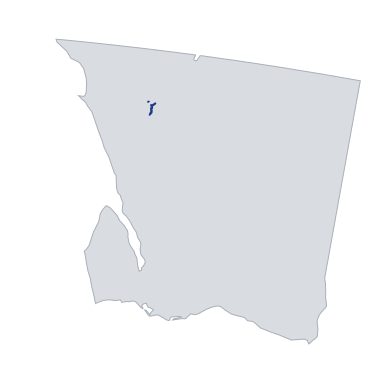 Aswan, Aswan, Egypt (highlighted), rotated 187°
{"feature_id": "37247803B17658865613215", "entity_name": "Aswan", "entity_type": "district", "adm_level": 2, "iso_a3": "EGY", "parent_name": "Egypt", "parent_adm1": "Aswan", "projection": "albers", "projection_center": [32.887, 24.103], "detail": "fine", "context": "in_parent", "style": "filled", "palette": "blue", "viewbox_px": 384, "rotation_deg": 187, "n_neighbors": 0, "source": "geoboundaries", "source_scale": "gbopen_adm2", "svg_char_len": 5181}
<svg xmlns="http://www.w3.org/2000/svg" viewBox="0 0 384 384"><g transform="rotate(187 192 192)"><path d="M345.5,327.1L337.0,327.4L328.5,327.6L320.0,327.8L311.6,328.0L303.1,328.1L294.6,328.2L286.2,328.4L277.7,328.4L269.2,328.5L260.8,328.6L252.3,328.6L243.8,328.6L235.3,328.6L226.9,328.6L218.4,328.5L209.9,328.5L205.1,328.4L205.9,326.0L206.5,324.2L205.9,323.0L204.3,322.7L203.2,323.1L200.6,328.2L199.3,328.4L196.3,328.4L186.4,328.2L176.5,328.0L166.7,327.9L156.8,327.6L147.0,327.4L137.1,327.1L127.2,326.8L117.4,326.5L107.5,326.1L97.7,325.7L87.8,325.3L78.0,324.9L68.1,324.4L58.2,323.9L48.4,323.4L38.5,322.9L38.9,316.6L39.2,310.4L39.6,304.2L40.0,297.9L40.3,291.7L40.7,285.5L41.0,279.2L41.4,273.0L41.7,266.7L42.1,260.5L42.4,254.3L42.8,248.0L43.1,241.8L43.5,235.5L43.8,229.3L44.2,223.1L44.5,216.8L44.9,210.6L45.2,204.4L45.6,198.1L45.9,191.9L46.3,185.7L46.6,179.4L47.0,173.2L47.3,167.0L47.7,160.7L48.0,154.5L48.4,148.3L48.7,142.1L49.1,135.9L49.4,129.6L49.8,123.4L49.7,122.2L48.5,118.0L47.6,112.5L46.7,105.8L46.6,103.7L44.8,96.8L44.7,94.9L45.3,93.5L49.3,88.0L50.6,85.3L51.7,82.0L52.1,79.3L51.3,75.2L50.3,71.4L50.1,67.5L50.1,63.8L52.1,61.3L54.4,59.1L55.4,57.7L56.8,56.1L57.7,55.4L59.3,58.8L63.0,59.6L75.4,57.2L88.7,60.9L96.1,62.4L107.5,65.4L114.3,70.2L116.2,70.9L121.3,71.0L124.5,73.8L137.6,75.5L144.5,78.7L148.4,81.2L150.8,82.0L152.9,81.9L155.8,81.1L159.4,79.5L163.4,77.3L171.6,71.5L174.5,70.5L176.4,70.8L178.7,70.8L179.7,69.2L180.9,68.1L181.7,66.9L182.9,65.4L187.1,65.0L195.6,62.6L194.7,63.8L186.9,66.6L190.2,67.0L193.6,66.1L197.4,65.5L198.2,64.2L198.7,61.9L199.4,61.6L202.1,62.1L210.0,65.7L211.9,65.8L217.5,63.9L218.7,63.5L220.5,64.6L224.6,69.1L223.2,69.0L218.8,65.1L218.4,67.0L215.8,70.4L219.0,71.8L221.5,72.4L222.9,74.3L223.7,75.9L226.3,75.2L228.1,73.0L227.1,71.7L226.5,70.4L227.3,70.4L229.1,71.5L234.1,75.8L235.8,76.6L237.7,76.5L241.8,75.3L242.9,75.5L248.4,73.9L249.1,75.1L250.0,76.2L254.4,74.9L261.3,74.9L267.0,73.5L273.5,70.0L274.0,69.5L274.4,70.3L275.2,72.6L277.2,78.5L279.0,83.1L281.2,89.5L281.9,91.9L282.3,93.6L285.5,100.6L287.4,106.4L288.8,111.1L290.8,117.9L291.7,120.3L290.3,121.6L287.7,126.1L284.9,140.3L280.9,151.5L280.5,158.5L279.8,161.0L277.9,164.5L275.5,168.0L271.2,166.3L264.1,160.2L260.0,154.5L255.6,150.8L251.4,145.9L250.3,142.3L250.3,140.0L248.5,134.5L247.2,131.9L242.2,126.0L240.8,122.8L239.7,121.4L238.6,119.4L236.8,111.8L234.8,106.9L232.6,108.2L232.9,110.3L231.0,113.1L229.8,116.4L230.7,119.1L234.7,123.2L235.6,125.0L236.5,128.8L236.4,134.1L237.0,135.9L240.1,139.8L241.2,142.1L241.8,144.1L242.9,146.0L245.9,149.4L250.3,155.8L254.5,160.2L257.6,162.3L258.9,164.4L259.2,169.9L259.0,172.5L261.7,177.4L262.7,179.9L265.3,181.9L266.4,184.2L267.6,188.0L269.3,199.1L271.6,201.8L278.7,216.4L284.7,225.6L287.6,232.4L292.1,240.8L301.0,259.2L306.3,264.8L308.4,268.0L312.2,270.4L316.3,273.8L312.4,273.6L311.4,273.8L310.1,274.4L309.5,276.6L309.2,278.4L309.9,287.7L311.0,292.5L314.6,301.5L317.2,304.1L318.5,305.9L320.3,307.1L328.5,310.0L333.4,316.4L344.3,324.4L345.4,326.6L345.5,327.1Z" fill="#d9dde1" stroke="#a8b0b8" stroke-width="1"/><path d="M242.0,271.9L242.0,271.7L242.0,271.4L242.0,271.2L242.1,270.9L242.3,270.7L242.5,270.4L242.6,270.2L242.8,270.0L242.8,269.9L242.8,269.7L242.7,269.4L242.6,269.2L242.5,268.9L242.4,268.8L242.4,268.7L242.2,268.5L242.2,268.4L242.2,268.2L242.1,267.9L242.0,267.7L242.0,267.4L242.0,267.2L242.0,266.9L242.1,266.7L242.2,266.3L242.2,266.2L242.0,266.3L242.0,266.5L242.0,266.4L242.1,266.2L242.3,266.1L242.3,265.9L242.5,265.8L242.5,265.7L242.6,265.4L242.6,265.2L242.8,265.0L243.0,264.9L243.0,264.7L243.1,264.4L243.1,264.2L242.9,264.0L242.7,264.3L242.4,264.6L242.3,264.8L242.2,265.0L241.9,265.5L241.6,265.8L241.6,266.1L241.6,266.4L241.6,266.6L241.6,266.8L241.7,267.9L241.8,268.0L241.8,268.3L241.9,268.5L242.0,268.9L242.0,269.0L242.2,269.3L242.2,269.5L242.1,269.8L241.9,269.9L241.8,270.1L241.7,270.3L241.6,270.7L241.6,271.0L241.7,271.3L241.7,271.6L241.8,271.7L241.8,272.0L242.0,271.9L242.0,271.9ZM243.0,269.9L243.0,269.7L243.0,269.4L242.9,269.4L242.9,269.1L242.8,268.9L242.7,268.6L242.4,268.0L242.6,267.7L242.5,266.5L242.6,266.2L242.8,266.0L242.9,265.7L243.2,265.0L243.5,264.3L243.5,263.6L243.5,263.4L243.3,263.4L243.3,263.6L243.2,263.8L243.2,264.0L243.2,264.3L243.2,264.5L243.1,264.8L243.1,265.0L242.9,265.1L242.7,265.3L242.6,265.6L242.6,265.8L242.4,266.0L242.3,266.3L242.2,266.4L242.2,266.5L242.3,266.6L242.2,266.7L242.2,266.8L242.2,267.0L242.2,267.3L242.2,267.6L242.2,267.8L242.3,268.0L242.3,268.3L242.4,268.5L242.5,268.6L242.6,268.8L242.7,269.0L242.8,269.3L242.9,269.5L242.9,269.8L243.0,269.9L243.0,269.9ZM242.8,272.4L242.7,272.5L242.6,272.8L242.4,272.9L242.4,273.0L242.4,273.3L242.5,273.3L242.4,273.5L242.5,273.5L243.3,273.5L243.4,273.1L243.2,272.6L242.9,272.4L242.8,272.4ZM241.5,273.9L241.7,273.5L241.8,273.2L241.1,273.3L240.6,273.5L240.6,273.8L240.8,273.9L241.2,274.1L241.5,273.9ZM239.5,275.4L239.8,275.3L240.0,275.3L240.2,275.1L239.8,274.5L239.0,275.2L239.3,275.6L239.5,275.4ZM246.6,276.1L246.4,276.1L246.2,276.1L246.0,276.3L245.9,276.5L246.0,276.5L246.3,276.6L246.5,276.6L246.6,276.4L246.7,276.1L246.6,276.1ZM242.2,268.1L242.2,267.9L242.1,267.7L242.1,267.8L242.2,268.0L242.2,268.1Z" fill="#3b82f6" stroke="#1e3a8a" stroke-width="1.5"/></g></svg>